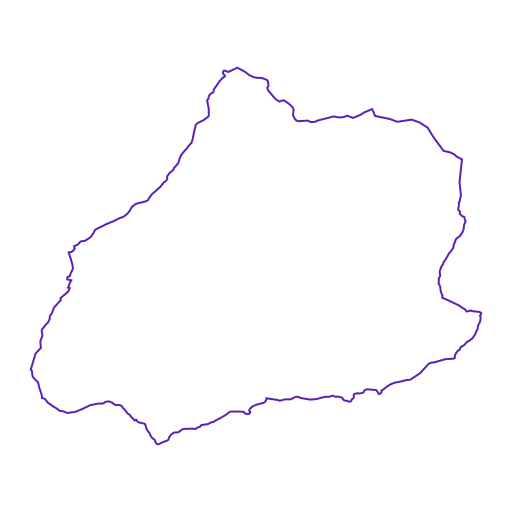 outline of Bucium, Alba, Romania
{"feature_id": "2599482B42825543751910", "entity_name": "Bucium", "entity_type": "district", "adm_level": 2, "iso_a3": "ROU", "parent_name": "Romania", "parent_adm1": "Alba", "projection": "equal_earth", "projection_center": [23.162, 46.26], "detail": "fine", "context": "isolated", "style": "outline", "palette": "violet", "viewbox_px": 512, "rotation_deg": 0, "n_neighbors": 0, "source": "geoboundaries", "source_scale": "gbopen_adm2", "svg_char_len": 5997}
<svg xmlns="http://www.w3.org/2000/svg" viewBox="0 0 512 512"><path d="M453.9,358.6L454.8,357.8L454.9,357.1L454.8,355.5L456.6,352.3L458.3,350.4L459.4,350.0L460.0,349.2L460.4,347.5L462.3,346.1L463.4,345.7L465.0,344.3L465.8,343.1L466.5,342.7L467.0,341.8L469.4,340.6L472.5,338.3L475.4,333.9L476.2,331.4L477.5,329.5L478.2,325.3L480.1,321.6L480.6,318.6L480.4,316.4L480.0,315.6L480.6,315.1L481.3,313.2L480.9,312.6L479.0,311.9L472.0,311.1L470.9,310.5L466.8,311.5L464.9,309.3L462.6,308.0L459.1,305.5L446.3,299.4L442.3,297.8L442.4,295.4L441.6,293.6L440.7,291.2L440.3,287.5L439.8,285.5L438.6,283.7L438.8,281.8L438.7,281.5L438.7,280.9L438.9,279.2L438.8,278.7L438.8,278.2L439.8,276.7L440.1,275.9L440.2,275.1L439.8,273.1L439.8,271.0L440.4,269.1L440.9,268.2L441.4,266.5L441.9,265.8L442.8,264.8L443.6,262.1L445.4,259.7L446.9,257.3L448.6,254.1L449.3,253.0L450.9,251.4L451.7,250.3L453.2,247.8L453.5,246.8L453.8,244.6L454.8,242.4L455.5,240.4L456.0,239.1L456.7,238.4L459.9,236.0L462.4,232.4L463.7,228.9L464.0,225.1L465.6,221.5L464.9,220.0L464.3,216.8L462.3,216.3L459.8,213.8L460.0,211.6L458.2,209.8L458.5,207.2L458.9,205.7L458.9,203.3L459.2,202.9L458.9,202.6L459.8,200.7L460.9,195.0L459.5,182.2L462.0,159.4L457.1,156.8L453.8,154.1L449.6,152.2L443.6,150.9L433.8,137.7L427.6,127.6L419.4,122.4L411.6,119.6L397.5,121.8L389.5,118.9L375.1,116.0L372.2,109.1L363.8,112.6L361.1,114.5L357.6,116.1L353.0,117.9L347.2,115.7L345.4,116.5L342.1,117.3L338.5,117.4L333.9,116.4L317.1,120.7L316.7,121.2L314.1,121.9L310.9,122.1L307.8,120.6L298.5,121.2L296.5,120.6L294.8,118.8L293.0,115.4L293.6,109.5L293.0,107.9L291.0,105.6L289.4,104.2L286.3,101.9L283.9,100.4L283.1,100.3L279.3,101.6L275.3,98.9L268.3,90.6L267.2,87.8L268.5,85.9L267.9,81.3L267.5,80.6L266.5,79.7L263.6,78.6L261.6,78.0L256.8,77.8L253.8,77.2L249.4,75.2L245.0,71.8L237.3,67.7L228.2,72.0L225.2,70.7L224.0,70.7L223.2,71.5L222.9,72.6L223.2,73.8L224.8,75.4L224.8,76.4L222.2,78.3L219.8,81.0L214.2,88.9L213.8,89.7L213.6,91.5L213.4,92.2L210.5,93.9L209.3,95.4L208.5,97.4L208.3,99.0L207.1,100.3L208.3,106.4L208.7,108.1L208.8,115.7L208.1,116.8L203.8,120.0L198.4,122.7L196.7,123.8L195.7,125.1L194.1,131.8L192.6,139.4L191.5,142.7L188.3,146.3L187.3,147.9L183.6,152.0L181.3,154.9L180.7,155.4L180.9,155.9L180.3,157.0L179.3,159.5L178.2,163.2L175.7,166.2L174.3,167.6L173.3,169.7L171.9,171.2L170.2,172.3L169.4,173.3L168.4,174.7L167.7,175.5L167.1,176.6L167.2,178.9L166.9,179.6L166.5,180.2L165.5,181.3L164.6,182.0L163.5,182.7L162.6,184.0L161.8,184.8L160.3,186.9L152.0,194.2L149.3,197.8L147.9,200.2L146.6,200.9L145.0,201.6L143.5,201.8L141.3,202.6L140.0,202.7L138.1,203.2L135.1,204.3L131.5,207.4L131.0,208.6L129.7,210.8L127.1,214.0L124.4,216.1L123.2,216.9L122.3,217.3L121.2,217.5L119.9,218.0L114.0,221.0L110.8,222.3L105.5,224.5L101.8,226.5L100.8,226.9L97.5,228.5L95.3,229.7L91.7,235.9L90.2,237.4L88.4,238.7L84.7,240.9L82.0,241.2L80.8,241.4L80.3,241.8L79.6,242.5L78.8,243.5L77.9,244.4L76.8,245.1L74.2,246.1L74.7,248.4L73.3,250.6L71.5,252.0L68.7,252.4L71.7,262.0L72.4,264.6L72.9,267.5L72.6,269.4L72.2,270.4L71.3,272.0L70.7,273.4L69.7,276.3L67.6,276.9L67.2,279.4L71.3,280.3L69.9,282.7L69.1,285.1L68.0,287.6L68.9,287.8L69.7,288.1L69.2,289.7L67.9,291.9L60.5,298.1L60.9,299.9L56.8,304.5L54.1,307.4L51.8,313.4L50.5,315.1L49.7,316.6L49.8,318.7L47.9,322.6L46.7,323.6L44.6,326.2L42.2,329.3L41.7,330.6L42.4,335.6L40.3,341.7L40.9,347.9L35.6,353.5L30.7,369.7L31.4,370.1L31.9,370.9L32.2,373.8L32.5,375.9L32.8,376.9L34.6,379.0L38.0,382.2L38.6,384.5L39.3,387.8L41.8,395.2L42.0,398.0L44.2,398.5L46.1,400.3L46.8,401.4L47.8,402.7L50.2,404.2L53.1,406.4L55.7,407.9L58.2,409.7L59.0,410.4L59.7,410.8L62.9,411.3L64.0,411.5L66.6,412.8L67.7,412.9L73.9,412.1L76.7,411.3L82.8,408.8L85.3,407.5L91.2,404.8L93.0,404.7L97.8,403.6L101.8,403.6L102.7,403.5L103.9,403.0L104.5,402.5L105.3,401.9L106.2,401.7L107.7,401.5L108.7,401.4L109.4,401.6L110.7,402.0L112.4,402.8L112.7,403.0L113.9,404.2L114.7,404.6L115.8,405.0L116.7,405.1L118.9,404.9L121.1,405.6L121.9,406.3L123.0,407.9L126.1,411.3L127.2,413.2L128.3,413.8L129.6,414.8L130.3,415.6L131.5,417.4L133.1,418.5L133.6,419.4L134.4,420.2L134.9,420.5L135.3,420.4L135.7,419.9L136.0,419.7L136.4,419.9L136.9,420.8L137.7,421.7L138.8,422.4L143.7,423.5L144.5,423.8L145.0,424.2L145.5,425.2L145.7,426.3L146.4,428.4L147.6,430.8L148.4,431.9L149.6,433.1L150.2,434.7L150.6,435.9L152.3,438.1L153.6,439.0L154.5,439.7L155.1,440.6L155.5,442.0L156.6,443.9L158.3,444.3L164.4,441.5L167.2,440.6L168.5,439.6L169.0,438.0L169.5,436.7L170.8,435.0L171.7,434.1L173.5,432.9L174.7,432.5L178.0,432.4L180.3,430.9L181.1,430.2L182.3,429.4L183.7,428.9L187.4,428.9L192.1,428.6L194.2,429.0L196.0,428.8L196.9,427.9L200.0,426.7L201.3,425.1L202.5,424.9L203.8,424.9L205.4,424.3L206.7,424.2L207.7,424.3L209.1,423.5L209.9,422.9L214.4,421.5L215.2,420.7L220.1,418.2L225.6,415.0L230.2,411.6L237.9,411.5L243.6,411.8L245.1,413.5L247.2,414.1L248.6,414.0L249.6,413.4L250.2,412.7L250.1,411.7L249.4,411.3L249.3,410.0L249.9,408.8L251.9,406.9L253.4,406.0L255.9,404.9L261.1,403.4L263.2,403.1L264.9,402.0L266.3,399.8L266.4,398.3L277.2,399.9L279.3,400.6L281.3,400.4L285.2,399.3L290.8,399.3L294.1,397.5L296.3,396.7L298.9,397.1L300.7,398.0L310.3,399.6L316.8,399.0L322.7,397.4L326.5,396.7L329.0,396.9L331.5,395.9L332.4,395.7L333.7,396.0L335.1,396.6L335.9,396.8L337.8,396.5L339.1,396.8L340.3,397.3L341.3,397.3L342.5,398.0L343.1,399.5L343.5,399.9L344.4,400.4L345.2,400.7L347.3,400.8L348.2,401.5L349.8,401.7L351.0,401.2L351.3,400.7L351.9,399.2L352.7,398.8L353.1,398.4L353.8,397.4L353.9,396.3L353.7,395.1L353.7,394.7L354.0,394.3L354.5,393.8L355.9,393.7L356.5,393.4L357.1,393.2L358.1,393.4L359.0,393.5L361.7,393.1L363.3,392.5L363.9,391.8L364.1,391.0L364.8,390.1L365.7,389.6L367.5,389.3L376.2,390.1L376.6,390.5L377.8,392.2L378.6,393.9L378.9,394.1L380.0,393.7L381.3,392.5L381.6,391.7L381.4,391.2L381.4,390.6L384.1,388.9L387.5,386.2L390.2,384.5L393.8,383.0L395.4,382.5L400.0,381.7L404.6,380.5L406.9,380.0L409.0,379.9L410.4,379.6L420.2,373.1L428.8,363.6L431.8,362.6L434.1,362.4L445.3,359.2L453.9,358.6Z" fill="none" stroke="#5b21b6" stroke-width="2"/></svg>